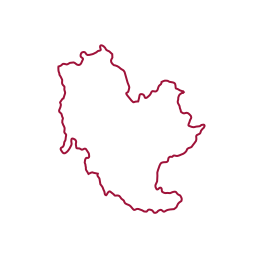 outline of Kolubarski, rotated 50°
{"feature_id": "SRB-837", "entity_name": "Kolubarski", "entity_type": "District", "adm_level": 1, "iso_a3": "SRB", "parent_name": "Republic of Serbia", "parent_adm1": "", "projection": "orthographic", "projection_center": [19.93, 44.309], "detail": "fine", "context": "isolated", "style": "outline", "palette": "rose", "viewbox_px": 256, "rotation_deg": 50, "n_neighbors": 0, "source": "natural_earth", "source_scale": "10m", "svg_char_len": 5876}
<svg xmlns="http://www.w3.org/2000/svg" viewBox="0 0 256 256"><g transform="rotate(50 128 128)"><path d="M91.3,179.7L90.4,179.5L89.9,179.2L88.2,177.4L87.3,176.6L85.7,176.0L84.2,175.7L81.5,174.8L79.9,173.3L79.0,171.9L78.5,171.5L77.0,171.1L75.1,170.2L74.3,169.9L73.1,170.0L71.5,170.2L70.8,169.9L70.2,169.4L69.9,168.9L68.6,166.4L67.3,164.7L66.6,164.2L64.9,163.7L64.6,163.3L63.6,159.6L63.6,159.0L63.9,158.5L61.1,154.1L60.7,153.6L60.1,153.2L57.9,152.2L57.3,151.8L56.0,150.5L55.3,150.1L54.9,150.1L53.3,150.2L52.4,150.1L51.5,149.8L50.8,149.3L49.1,147.7L48.6,147.4L45.5,146.6L43.2,146.3L42.0,145.5L40.1,144.8L39.1,144.2L36.9,142.5L36.2,141.7L36.6,140.9L37.0,139.5L37.1,138.7L37.0,137.1L37.2,136.4L37.8,135.7L39.9,134.1L40.3,133.3L40.8,130.6L42.5,128.0L42.9,127.5L43.8,127.0L46.0,126.5L46.9,126.2L47.9,125.4L48.3,124.8L48.5,124.3L48.5,123.1L48.4,122.5L46.4,118.3L46.0,118.0L45.7,117.9L45.4,117.9L43.5,118.3L42.7,118.2L42.2,117.9L41.4,117.1L40.7,115.9L40.6,114.9L40.6,114.4L41.2,113.2L42.0,112.5L42.8,112.3L45.0,112.5L46.1,112.0L47.1,110.7L48.4,108.2L48.9,107.0L49.7,103.6L49.7,101.8L49.8,101.3L50.6,99.8L50.7,99.1L50.6,98.7L50.3,98.4L48.1,97.4L47.5,96.8L47.3,96.5L47.2,95.9L47.4,95.5L47.6,95.2L48.3,94.7L49.6,94.2L51.7,94.0L54.0,94.4L55.2,94.1L57.3,93.1L61.3,92.6L64.0,94.7L64.2,95.1L64.8,96.7L65.5,97.7L66.6,98.4L67.6,98.6L68.7,98.7L70.4,98.5L71.0,98.3L71.8,97.6L73.7,96.5L75.4,95.9L78.1,95.4L80.8,94.5L82.0,94.5L83.1,94.7L92.9,99.1L96.8,100.4L97.8,101.0L98.7,102.1L100.1,104.1L100.3,104.6L100.4,105.1L100.2,106.7L100.3,107.0L100.7,107.3L101.4,107.5L102.8,107.6L109.3,107.7L111.5,107.4L111.9,107.1L112.7,105.2L114.2,103.1L112.4,100.6L110.3,98.0L110.1,97.4L110.1,96.9L110.3,96.4L111.1,95.5L112.4,94.8L113.4,94.8L115.6,95.5L116.0,95.4L116.5,95.0L116.8,94.1L116.9,93.4L116.8,90.6L116.7,90.0L116.4,88.9L115.5,86.8L115.4,86.1L115.6,85.4L117.4,83.8L117.7,83.4L118.0,82.7L118.0,81.8L117.7,80.7L116.3,78.6L115.7,77.3L115.6,76.8L115.6,74.9L115.5,74.3L114.8,73.2L114.3,72.7L114.8,70.9L115.2,69.8L115.5,69.2L116.8,67.8L117.5,67.2L119.2,66.6L122.1,64.2L123.0,63.7L124.0,63.5L124.6,63.6L126.1,64.4L127.9,65.7L128.4,65.8L128.7,65.8L129.9,65.0L132.8,63.9L134.6,62.8L135.2,62.2L136.4,62.2L136.5,63.4L135.8,64.1L135.6,66.2L135.6,66.9L135.8,67.7L136.2,68.6L137.0,69.9L138.4,71.2L139.2,72.3L139.9,73.1L141.0,73.7L144.3,74.4L146.2,75.5L148.2,76.2L149.2,76.8L149.9,77.0L151.5,76.5L152.2,76.2L152.9,75.5L153.7,73.9L154.0,73.4L154.6,72.9L155.3,72.5L156.7,72.2L158.2,72.1L159.2,72.1L160.3,72.6L160.8,73.0L161.1,73.5L161.9,75.5L162.9,77.0L164.0,79.1L164.7,79.9L165.2,80.0L165.6,79.9L168.2,78.4L169.5,77.3L170.0,76.5L170.8,74.8L172.5,72.3L172.8,71.6L172.9,69.8L173.4,68.9L174.1,67.9L174.5,67.7L175.1,67.7L175.6,68.0L176.0,68.6L176.5,69.8L176.6,71.6L177.0,73.7L178.1,75.5L178.4,76.1L178.4,77.0L177.7,79.8L177.8,80.4L178.2,81.1L180.5,82.8L181.6,84.2L182.3,86.9L182.8,89.3L183.3,91.2L183.3,91.7L183.1,92.6L182.3,94.6L182.2,95.6L182.2,96.2L183.0,97.8L183.2,98.4L183.4,99.7L183.4,101.1L183.2,102.4L182.5,104.5L182.0,106.2L181.3,107.9L180.5,108.9L179.2,109.9L178.6,110.5L178.4,111.1L178.5,112.4L178.4,112.8L177.1,114.2L176.9,114.9L176.9,115.4L177.1,116.4L178.6,118.2L178.9,118.7L179.0,119.2L179.0,119.7L178.9,120.2L178.6,120.8L177.0,122.9L176.4,124.1L176.2,125.0L176.2,125.5L176.3,126.1L177.1,128.0L179.6,132.2L180.9,134.1L181.6,134.7L183.5,136.2L187.6,140.0L188.0,140.8L189.1,143.1L189.5,143.8L190.5,144.6L191.3,145.0L193.2,145.4L193.8,145.2L194.0,144.8L194.2,144.3L194.2,143.8L194.1,142.5L194.2,142.1L194.5,141.6L194.8,141.3L195.2,141.2L195.9,141.2L196.6,141.6L198.0,142.5L198.7,142.8L200.3,142.3L201.4,141.6L201.9,141.2L203.1,139.5L204.9,137.7L205.2,137.0L205.5,135.8L206.0,134.5L206.7,133.3L207.3,132.7L208.0,132.4L210.0,132.5L211.3,132.3L213.3,131.4L215.4,131.8L216.5,132.2L217.4,132.9L218.0,133.7L218.2,134.0L218.2,134.5L218.0,136.4L218.1,137.6L218.3,138.6L219.1,140.3L219.7,141.6L219.8,142.2L219.8,143.3L219.7,144.9L217.4,148.2L216.4,150.0L215.9,151.3L215.5,153.6L215.3,154.1L215.0,154.4L214.7,154.6L212.3,155.1L211.6,155.7L211.4,156.1L211.1,157.0L210.9,157.9L210.9,158.5L211.1,159.8L211.0,160.4L210.8,161.1L210.4,161.8L209.7,162.4L209.3,162.5L207.7,162.4L206.5,162.5L205.6,163.0L204.4,163.9L203.8,164.8L203.7,165.3L203.9,166.5L204.0,167.2L203.9,167.6L203.6,168.0L202.3,169.3L200.1,170.1L196.8,172.0L195.8,173.1L195.5,173.9L195.2,175.0L195.0,175.5L194.7,175.9L194.4,176.1L193.4,176.3L189.9,176.3L188.6,176.5L187.7,176.8L185.4,178.0L184.1,178.5L183.0,178.5L181.0,177.9L180.5,177.9L177.9,178.5L175.4,178.3L174.4,178.4L173.5,178.9L172.7,179.7L171.8,181.0L171.4,181.4L171.0,181.6L170.6,181.6L169.6,181.6L165.7,182.4L164.9,182.7L164.6,183.1L164.5,183.6L164.5,184.2L164.5,184.7L165.4,187.3L165.4,187.7L165.4,188.0L164.8,188.3L164.1,188.3L163.5,188.1L161.6,187.0L159.4,186.4L157.2,185.6L155.7,185.4L153.3,185.3L148.6,182.5L147.9,182.3L145.8,182.2L144.9,182.0L144.4,181.6L143.6,180.5L140.4,183.0L139.0,183.9L138.4,185.2L137.8,187.8L135.7,187.4L133.4,187.1L132.4,186.7L131.1,185.6L129.8,184.9L128.6,184.1L126.7,183.4L125.6,182.2L124.8,181.3L124.3,180.3L124.1,179.7L124.2,179.0L125.0,178.1L125.3,177.7L125.3,177.2L125.3,176.8L124.9,176.1L123.7,175.2L122.3,174.4L121.1,174.2L117.4,173.8L116.9,173.8L116.2,174.2L116.0,174.5L115.8,174.8L115.4,176.4L115.2,176.9L114.9,177.3L114.6,177.5L112.5,178.3L111.0,179.9L110.8,180.1L110.3,180.3L109.8,180.2L107.2,178.6L106.5,178.0L105.4,176.7L104.6,176.2L104.2,176.1L103.7,176.0L102.5,176.1L101.0,176.8L100.3,177.4L100.1,178.0L100.2,178.3L100.4,178.7L101.6,179.9L103.8,181.3L104.4,182.0L104.8,182.7L106.1,185.8L106.8,188.3L107.0,189.6L107.0,191.1L106.8,192.4L106.4,193.1L106.1,193.4L105.4,193.7L104.8,193.8L102.2,193.6L101.1,193.3L100.5,192.8L100.2,192.1L100.2,191.8L100.5,190.4L100.5,189.9L100.4,189.4L100.1,188.7L99.6,187.8L98.0,186.0L97.6,185.3L97.3,184.2L96.7,183.3L95.1,181.6L94.1,180.4L93.5,179.8L92.8,179.6L91.3,179.7Z" fill="none" stroke="#9f1239" stroke-width="2"/></g></svg>